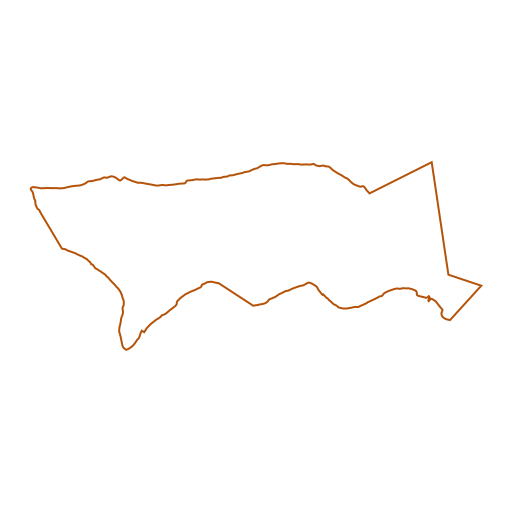 Noord-Beveland, Zeeland, Netherlands (orthographic projection)
{"feature_id": "6326949B86621762707137", "entity_name": "Noord-Beveland", "entity_type": "district", "adm_level": 2, "iso_a3": "NLD", "parent_name": "Netherlands", "parent_adm1": "Zeeland", "projection": "orthographic", "projection_center": [3.771, 51.565], "detail": "fine", "context": "isolated", "style": "outline", "palette": "amber", "viewbox_px": 512, "rotation_deg": 0, "n_neighbors": 0, "source": "geoboundaries", "source_scale": "gbopen_adm2", "svg_char_len": 6033}
<svg xmlns="http://www.w3.org/2000/svg" viewBox="0 0 512 512"><path d="M450.0,320.1L481.3,285.7L448.4,274.7L431.7,162.2L369.5,193.4L368.0,191.7L366.3,189.9L365.8,189.1L365.4,188.4L364.9,187.7L363.8,186.6L363.4,186.3L363.0,186.2L360.3,186.7L359.7,186.6L354.4,184.6L353.6,184.1L352.5,183.3L350.9,182.0L348.8,179.8L347.6,178.7L344.9,177.5L341.4,175.2L340.4,174.7L338.3,173.6L334.5,171.2L332.2,169.6L330.3,167.7L329.2,166.9L328.6,166.6L328.3,166.5L325.5,166.3L324.0,165.7L322.7,165.6L321.6,165.7L320.3,166.1L319.5,166.1L319.0,166.1L317.4,165.7L316.0,165.4L314.5,164.4L313.9,164.1L313.5,164.0L313.1,164.0L310.3,164.6L305.9,164.4L300.8,164.6L299.5,164.3L297.9,164.1L296.7,164.1L293.7,164.2L290.6,163.8L287.5,163.9L284.4,163.3L282.0,163.2L279.2,163.4L275.1,164.0L272.5,164.2L271.2,164.5L269.2,165.1L268.5,165.2L266.8,165.3L263.5,165.1L263.0,165.2L262.2,165.4L260.8,166.1L257.9,167.8L257.2,168.2L255.8,168.6L254.8,168.8L253.6,169.2L251.6,170.1L249.2,171.3L248.5,171.5L244.4,172.2L241.4,173.2L237.4,174.0L233.0,175.2L232.3,175.3L229.7,175.4L229.1,175.6L227.5,176.4L226.9,176.6L223.8,176.8L220.9,177.8L220.3,177.9L218.4,177.9L216.3,178.1L213.9,178.4L211.4,178.7L208.5,179.4L205.5,179.6L202.0,179.4L200.3,179.6L198.6,179.5L196.7,179.3L195.2,179.5L194.0,179.8L192.6,180.1L188.0,180.5L187.2,180.6L186.8,180.8L186.5,181.1L186.3,181.4L185.7,182.5L185.4,182.9L185.0,183.1L184.5,183.4L179.3,183.7L175.0,184.4L173.0,184.7L168.5,185.0L166.8,185.3L165.5,185.3L162.6,185.0L161.3,185.1L158.5,185.5L157.4,185.6L156.5,185.6L150.9,184.5L148.4,184.1L142.1,182.9L139.2,182.7L138.4,182.8L137.7,182.7L136.6,182.4L131.3,180.6L128.5,179.4L127.5,179.0L124.6,177.3L123.9,177.5L122.3,178.9L121.6,179.7L121.3,179.9L120.5,180.4L119.9,180.5L119.3,180.3L118.6,179.8L115.7,177.6L113.6,176.7L112.8,176.5L111.6,176.3L110.5,176.5L108.8,177.0L107.7,177.6L106.8,177.8L105.9,177.7L104.9,177.4L103.8,177.5L100.0,179.3L98.9,179.5L96.2,179.9L93.3,180.8L92.3,181.0L88.3,181.4L87.8,181.6L87.4,181.8L86.6,182.5L85.3,183.4L84.0,184.1L80.9,185.2L79.6,185.5L74.6,185.9L71.7,186.3L68.6,186.9L63.9,188.1L58.9,188.4L57.0,188.1L54.1,188.1L50.4,188.1L48.0,188.0L45.2,188.1L41.5,188.3L41.2,188.3L39.3,187.9L36.7,187.5L34.3,187.2L33.1,187.1L32.5,187.2L31.3,187.8L30.9,188.3L30.7,188.7L30.8,189.2L31.1,189.9L31.5,190.5L32.6,192.0L33.0,193.2L33.4,194.7L33.6,196.3L34.3,199.0L35.3,200.7L35.3,201.2L35.4,203.2L35.7,205.1L37.0,207.9L37.3,208.5L37.6,208.8L38.8,209.7L39.2,210.1L39.6,210.8L40.2,211.9L40.3,212.3L61.9,248.6L65.1,249.2L65.8,249.5L67.0,250.2L68.4,250.9L70.5,251.5L74.0,252.8L74.7,252.9L75.0,253.1L76.8,254.1L80.1,255.6L81.5,256.1L82.7,256.7L84.5,257.9L86.3,258.8L87.2,259.5L88.7,261.0L90.0,262.0L90.3,262.4L90.8,263.5L90.9,263.8L91.1,264.0L91.5,264.2L92.8,264.8L93.4,265.6L94.9,267.7L95.3,268.2L95.6,268.5L97.1,269.1L98.5,270.2L100.5,271.3L102.4,272.8L104.4,274.0L105.2,274.6L106.6,276.3L107.1,276.8L108.3,277.7L109.8,279.6L112.4,282.4L114.5,284.5L115.6,285.7L116.3,286.7L117.4,287.7L118.4,288.8L119.0,289.7L120.2,291.4L120.7,292.3L121.2,293.7L122.0,295.2L122.2,296.0L122.3,297.2L123.2,299.3L123.6,300.7L123.8,301.3L123.8,302.2L123.8,304.1L123.7,305.0L123.5,305.7L123.4,306.0L122.8,307.0L122.6,307.5L122.6,308.7L122.7,309.8L123.0,311.8L123.0,312.3L122.9,313.0L122.7,314.0L122.5,314.9L121.8,316.6L121.4,317.6L121.1,318.9L121.0,319.5L120.8,321.1L120.3,324.2L120.0,325.4L119.6,326.7L119.4,328.1L119.2,330.0L119.2,331.2L119.3,332.0L120.1,334.7L120.5,336.2L122.3,345.1L122.7,346.2L123.2,347.3L123.7,348.0L126.2,349.8L126.3,349.8L127.8,349.2L129.1,348.5L132.2,346.3L133.4,345.1L134.9,343.2L136.5,340.9L136.9,340.1L137.6,339.4L138.4,338.6L138.7,338.2L139.0,337.7L139.5,336.7L140.5,333.5L140.8,332.7L141.8,330.7L144.2,332.2L146.4,328.7L147.2,327.7L148.2,326.6L150.5,324.3L151.3,323.5L153.2,322.1L156.2,319.7L158.3,318.5L160.5,317.0L161.6,315.6L161.9,315.3L163.8,314.7L165.3,313.9L166.6,313.0L169.9,310.1L171.7,308.8L174.7,306.5L175.5,305.8L176.3,304.8L176.5,304.5L176.6,304.1L176.8,303.2L176.8,302.3L177.0,301.6L177.3,301.2L180.2,298.2L185.4,294.3L189.8,292.1L192.0,291.1L195.3,289.9L197.9,288.5L200.2,287.5L200.7,287.1L201.4,286.3L201.6,285.8L201.7,285.1L201.8,284.9L202.0,284.7L205.6,283.1L206.9,282.3L208.3,282.0L209.4,281.9L211.3,281.7L211.8,281.8L216.3,282.8L218.7,283.2L228.2,289.4L253.2,305.7L255.1,305.4L256.1,305.2L257.5,305.1L259.0,304.6L261.9,304.1L264.0,303.6L265.0,303.3L266.4,302.5L267.2,302.0L267.8,301.2L268.7,300.0L269.2,299.4L272.1,298.3L275.5,296.8L279.0,294.3L279.2,294.1L280.7,293.6L284.9,291.4L286.5,290.9L287.8,290.8L288.1,290.7L290.5,289.6L292.0,288.8L296.3,287.2L300.0,286.0L302.5,285.5L303.8,285.1L307.2,283.2L307.9,282.8L308.6,282.6L309.4,282.7L311.7,283.5L314.3,285.0L315.5,285.8L316.8,286.9L317.1,287.2L317.7,288.5L319.0,290.7L320.0,291.7L321.1,293.3L321.8,294.1L322.7,294.9L323.2,294.4L326.3,297.6L327.1,298.2L327.9,298.7L328.2,299.1L329.0,300.0L329.6,300.6L330.0,300.9L330.8,301.4L331.4,302.0L331.6,302.4L332.2,302.8L332.5,303.2L333.5,304.1L335.0,304.8L337.1,306.0L338.2,307.1L338.9,307.5L340.7,308.0L343.1,308.5L346.4,308.5L350.0,308.0L354.5,307.0L356.4,306.9L357.9,307.1L358.7,306.8L360.9,305.7L361.8,305.4L364.5,304.1L366.3,303.3L367.1,302.8L367.9,302.1L369.8,301.4L372.4,300.1L375.1,298.9L376.8,297.9L377.8,297.6L378.6,296.9L379.4,296.5L380.5,296.3L381.5,296.1L382.3,295.6L383.6,293.9L384.4,293.1L387.9,291.3L391.6,289.9L392.6,289.6L393.5,289.3L396.2,288.6L397.2,288.5L398.2,288.6L399.2,288.8L401.1,288.7L402.1,288.3L403.1,288.2L406.0,288.4L408.0,288.3L409.0,288.4L410.9,288.9L411.9,289.1L414.9,290.3L416.1,291.1L416.7,292.1L416.8,293.1L416.8,294.1L417.0,295.0L418.0,295.7L420.0,296.3L422.9,296.9L425.9,297.8L426.9,297.6L427.6,297.3L428.3,296.9L428.8,296.2L429.1,296.4L429.3,296.7L429.4,297.0L429.5,297.7L428.6,299.7L428.4,300.7L428.6,301.1L429.2,300.7L429.9,299.7L431.0,298.7L432.3,299.1L434.1,300.2L435.0,300.8L435.8,301.4L436.4,302.2L440.6,307.6L441.3,308.3L442.5,309.9L442.2,311.4L441.4,313.2L441.7,315.2L442.1,316.2L442.6,316.9L443.4,317.6L444.2,318.1L445.1,318.7L446.0,319.1L447.0,319.4L450.0,320.1Z" fill="none" stroke="#b45309" stroke-width="2"/></svg>